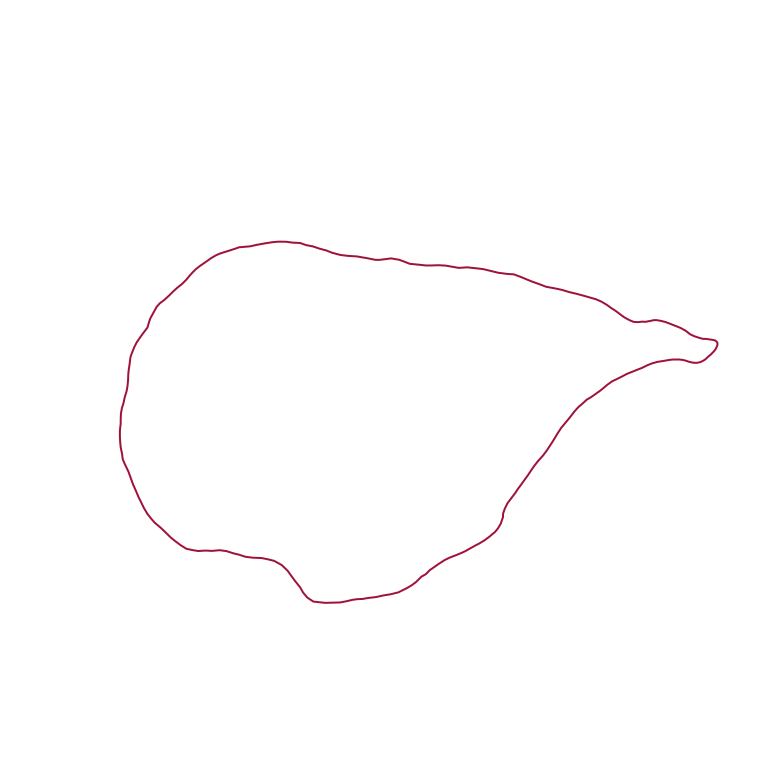 outline of Hadhdhunmathee, Maldives, rotated 43°
{"feature_id": "70690204B84265710008928", "entity_name": "Hadhdhunmathee", "entity_type": "district", "adm_level": 2, "iso_a3": "MDV", "parent_name": "Maldives", "parent_adm1": "", "projection": "natural_earth1", "projection_center": [73.435, 1.956], "detail": "fine", "context": "isolated", "style": "outline", "palette": "rose", "viewbox_px": 768, "rotation_deg": 43, "n_neighbors": 0, "source": "geoboundaries", "source_scale": "gbopen_adm2", "svg_char_len": 3393}
<svg xmlns="http://www.w3.org/2000/svg" viewBox="0 0 768 768"><g transform="rotate(43 384 384)"><path d="M310.7,641.8L319.2,641.4L325.9,641.5L332.7,641.7L338.5,641.3L345.1,640.6L351.8,639.3L357.5,635.9L362.1,632.8L367.0,627.6L372.1,623.3L377.1,617.7L382.5,613.8L389.6,610.4L394.2,607.8L400.6,604.8L406.5,600.5L413.0,594.9L418.1,591.7L424.2,588.3L432.5,586.2L440.8,586.3L447.8,587.7L453.8,588.8L461.3,589.9L467.0,591.7L473.7,592.5L480.7,591.3L490.1,584.3L500.8,573.8L504.7,568.5L508.1,563.4L511.1,559.7L515.1,555.6L518.1,551.6L523.6,545.1L527.7,539.1L532.3,533.2L536.6,526.6L540.1,517.2L541.5,512.4L542.5,506.8L542.8,499.3L544.3,494.5L544.4,488.9L545.3,484.9L546.6,478.7L548.4,471.5L550.6,465.8L553.4,460.1L556.0,454.4L557.6,450.4L558.9,446.2L560.9,440.0L562.4,435.8L564.1,429.9L565.2,423.9L565.7,419.5L566.1,416.6L565.8,411.7L564.6,406.5L561.8,400.2L559.5,397.6L557.3,392.6L555.6,386.9L554.9,379.9L554.3,373.9L553.5,369.5L553.0,364.8L552.0,357.0L551.4,352.1L550.5,346.7L549.7,341.2L549.2,335.1L549.1,328.1L548.4,321.5L547.9,318.6L546.6,311.1L544.5,301.0L543.5,295.1L543.2,289.8L542.7,281.5L542.0,273.9L541.9,268.2L542.4,264.3L543.0,256.9L544.2,253.2L545.5,247.2L546.8,240.7L547.9,232.0L549.0,226.4L550.7,222.2L552.9,216.3L554.8,210.8L557.7,204.7L559.7,200.4L561.7,196.3L563.9,190.5L565.8,186.4L568.9,181.3L571.6,177.9L573.6,175.3L575.7,172.5L578.1,169.6L580.7,167.1L582.9,165.0L586.1,162.6L589.0,161.0L591.8,159.8L594.6,158.2L596.5,156.8L598.6,154.9L600.4,152.3L601.5,149.5L602.2,146.9L602.5,142.6L602.9,139.5L603.0,136.2L602.9,133.5L602.6,131.7L601.9,129.7L601.4,128.4L600.6,127.2L599.3,126.3L597.8,126.2L596.3,126.4L594.9,127.2L593.3,128.2L591.1,129.8L589.0,131.2L586.3,133.6L581.7,135.9L578.2,137.5L573.8,138.9L568.5,139.3L562.8,140.7L557.8,142.6L551.3,145.2L547.4,146.8L543.1,149.2L539.5,151.6L537.7,153.4L535.5,156.6L532.9,160.1L530.2,162.4L527.8,165.3L524.4,168.2L520.3,169.8L517.3,170.6L513.5,171.5L503.2,172.6L498.2,173.5L492.7,174.2L486.8,175.5L481.6,177.3L476.4,179.9L469.4,183.5L462.6,187.1L456.9,190.4L450.3,193.6L443.3,197.8L436.3,202.3L428.7,205.4L422.5,208.1L417.5,210.0L411.3,212.3L404.3,215.2L399.1,219.4L391.6,224.8L384.6,228.7L378.4,232.2L372.5,236.5L365.2,242.0L359.5,248.1L354.7,251.2L348.3,255.4L342.7,260.1L338.2,264.6L333.6,268.9L329.3,272.1L323.9,276.2L321.1,278.4L317.7,279.8L314.6,281.0L310.2,282.9L303.5,287.3L300.0,291.6L296.1,296.2L293.3,298.9L289.7,301.1L285.4,303.8L277.3,309.1L270.6,314.6L264.5,319.1L260.9,321.1L256.1,323.6L251.1,325.5L244.5,329.0L238.1,331.9L232.2,335.6L226.5,338.1L220.4,343.2L215.3,346.8L209.7,351.9L205.6,356.5L200.5,363.0L196.2,368.8L192.3,374.5L189.7,377.4L184.8,382.8L182.3,387.6L178.6,394.2L175.2,400.2L173.5,404.0L171.8,409.5L170.3,416.8L168.9,423.1L168.1,428.2L167.9,432.6L168.0,438.4L168.3,442.6L168.1,448.2L167.2,454.4L166.7,460.1L166.5,465.7L166.0,472.3L165.0,477.9L165.1,482.5L168.2,494.9L169.4,497.9L172.5,504.0L173.4,512.8L174.0,517.1L174.7,522.0L176.0,526.7L177.8,531.5L179.8,536.4L181.6,539.2L184.5,543.1L187.7,547.8L190.1,551.0L194.1,555.6L198.0,560.7L200.8,565.1L202.7,569.0L203.7,571.0L206.6,575.8L208.7,580.3L211.7,584.9L215.0,588.8L218.4,592.5L220.9,595.9L223.0,598.6L226.9,602.8L231.0,606.7L234.9,610.1L240.3,613.9L244.2,617.2L249.7,619.6L256.9,622.4L263.7,625.9L269.0,628.6L275.1,631.2L281.6,634.1L286.7,636.0L292.3,638.2L299.3,640.3L305.0,641.2L310.7,641.8Z" fill="none" stroke="#9f1239" stroke-width="2"/></g></svg>